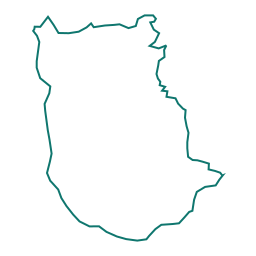 outline of Theletra, Paphos, Cyprus
{"feature_id": "46923920B20325218232467", "entity_name": "Theletra", "entity_type": "district", "adm_level": 2, "iso_a3": "CYP", "parent_name": "Cyprus", "parent_adm1": "Paphos", "projection": "robinson", "projection_center": [32.457, 34.915], "detail": "fine", "context": "isolated", "style": "outline", "palette": "teal", "viewbox_px": 256, "rotation_deg": 0, "n_neighbors": 0, "source": "geoboundaries", "source_scale": "gbopen_adm2", "svg_char_len": 1276}
<svg xmlns="http://www.w3.org/2000/svg" viewBox="0 0 256 256"><path d="M33.2,30.9L37.0,35.8L39.3,42.0L36.7,61.2L36.7,67.7L40.2,78.2L50.3,86.4L49.3,93.3L44.6,103.9L45.2,110.8L47.8,130.3L49.5,139.6L51.6,153.6L49.9,161.6L47.0,173.0L50.2,180.7L58.2,189.5L61.4,198.1L66.5,206.1L73.1,214.5L79.5,221.4L81.5,222.4L89.5,226.4L99.0,226.3L106.5,231.9L116.9,236.5L126.2,239.1L137.3,240.6L146.4,239.3L149.2,235.8L155.4,229.1L161.3,224.8L172.8,224.0L179.0,223.3L184.5,217.3L189.2,211.9L192.4,210.8L194.1,199.7L196.8,191.9L205.1,186.9L215.7,185.4L219.4,179.6L222.8,175.3L222.3,175.5L220.2,172.7L214.9,170.9L208.6,169.4L208.9,163.6L202.3,161.6L197.4,160.3L192.6,160.0L188.1,156.8L187.3,148.3L187.3,142.2L188.5,132.8L186.6,126.2L185.0,117.7L185.6,110.1L182.9,108.6L178.1,103.6L175.5,98.3L166.5,96.8L167.4,91.3L162.1,90.7L165.1,86.8L159.7,85.2L160.3,81.8L157.9,78.5L156.5,74.0L158.2,65.6L158.9,60.9L164.5,57.0L164.1,50.0L166.0,46.2L165.6,45.7L158.7,48.4L149.7,45.9L154.9,41.9L159.1,33.2L153.8,29.6L150.3,22.4L154.2,21.7L155.9,18.8L153.1,15.4L144.6,15.4L137.9,19.0L135.8,26.0L128.5,28.1L119.5,24.3L114.1,24.9L104.9,25.5L93.7,27.2L91.1,23.4L86.6,27.4L78.7,31.7L68.8,33.2L58.5,33.0L53.6,24.9L48.0,16.8L40.3,26.8L34.7,26.7L34.3,29.2L33.2,30.9Z" fill="none" stroke="#0f766e" stroke-width="2"/></svg>